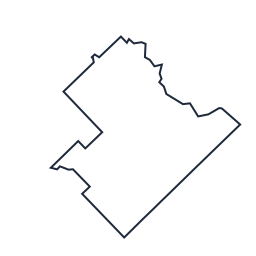 outline of Franklin, Idaho, United States of America, rotated 316°
{"feature_id": "52423323B56799864768265", "entity_name": "Franklin", "entity_type": "district", "adm_level": 2, "iso_a3": "USA", "parent_name": "United States of America", "parent_adm1": "Idaho", "projection": "equal_earth", "projection_center": [-111.772, 42.214], "detail": "fine", "context": "isolated", "style": "outline", "palette": "slate", "viewbox_px": 256, "rotation_deg": 316, "n_neighbors": 0, "source": "geoboundaries", "source_scale": "gbopen_adm2", "svg_char_len": 702}
<svg xmlns="http://www.w3.org/2000/svg" viewBox="0 0 256 256"><g transform="rotate(316 128 128)"><path d="M49.2,204.1L75.4,203.8L93.5,203.8L101.3,203.7L111.9,203.7L145.7,203.5L148.7,203.5L211.1,203.4L209.1,179.1L207.4,177.0L195.3,174.0L186.5,168.4L189.7,153.3L184.1,149.0L179.2,130.2L182.6,123.1L182.3,116.8L186.3,115.9L188.6,110.8L196.4,105.9L189.9,102.0L191.0,94.2L189.4,88.8L199.1,79.7L197.3,75.7L191.0,71.2L190.4,64.7L186.4,65.9L186.4,57.3L156.4,57.1L155.1,52.0L150.3,51.9L151.9,52.6L149.0,57.0L112.2,57.0L106.9,57.0L106.5,113.1L83.1,113.0L83.1,102.8L44.9,103.0L48.3,108.5L52.4,108.3L56.3,116.7L59.7,119.4L59.8,143.6L49.3,143.5L49.2,204.1Z" fill="none" stroke="#1e293b" stroke-width="2"/></g></svg>